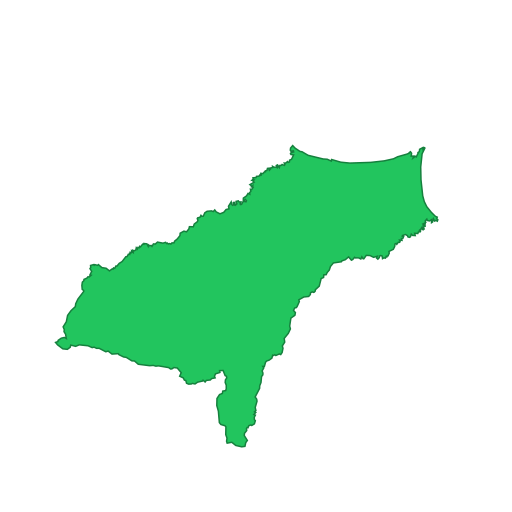 Pemalang, Jawa Tengah, Indonesia (Natural Earth projection), rotated 32°
{"feature_id": "22746128B43122306499336", "entity_name": "Pemalang", "entity_type": "district", "adm_level": 2, "iso_a3": "IDN", "parent_name": "Indonesia", "parent_adm1": "Jawa Tengah", "projection": "natural_earth1", "projection_center": [109.395, -7.01], "detail": "fine", "context": "isolated", "style": "filled", "palette": "green", "viewbox_px": 512, "rotation_deg": 32, "n_neighbors": 0, "source": "geoboundaries", "source_scale": "gbopen_adm2", "svg_char_len": 6148}
<svg xmlns="http://www.w3.org/2000/svg" viewBox="0 0 512 512"><g transform="rotate(32 256 256)"><path d="M145.5,435.1L146.8,431.8L146.1,429.7L150.9,428.2L153.2,425.0L161.2,421.1L165.6,420.5L167.0,419.1L169.7,418.8L171.9,417.4L179.4,416.8L181.0,415.0L185.8,415.5L191.0,411.8L192.0,412.3L197.2,411.8L199.7,410.7L206.3,410.7L208.6,409.4L213.5,410.2L223.9,405.4L226.9,403.2L229.4,402.5L231.6,400.8L241.1,396.9L243.4,397.1L244.5,396.3L245.5,394.1L248.6,392.7L254.4,394.6L255.0,398.4L258.9,397.9L261.0,399.2L262.5,398.8L264.5,400.7L266.7,400.4L269.0,398.8L269.5,397.8L272.1,396.8L273.3,394.0L276.9,390.4L276.9,389.4L279.6,389.8L279.8,387.8L283.0,385.3L283.3,383.5L285.9,381.0L284.5,380.0L284.1,377.4L287.1,373.9L285.8,372.5L288.8,370.5L293.2,373.8L294.6,373.6L295.8,374.9L295.7,377.2L296.9,379.6L299.2,381.3L301.1,384.3L301.6,386.2L299.4,388.2L300.3,390.4L298.5,392.8L298.4,397.5L302.0,403.6L306.3,407.5L313.2,416.7L315.5,417.5L319.6,416.4L321.0,416.8L325.0,423.5L327.9,425.8L329.2,428.7L330.7,430.0L334.2,426.8L339.2,427.4L345.0,425.4L347.5,423.3L346.2,419.7L346.4,417.0L341.2,414.5L340.2,412.5L340.6,408.9L339.3,407.3L339.4,406.1L340.2,405.9L339.8,403.7L341.2,402.0L342.2,402.0L343.6,399.2L342.7,396.0L341.3,395.6L340.0,393.7L339.8,391.3L338.2,391.6L338.7,388.8L337.3,388.9L337.8,387.1L335.6,384.9L333.8,378.6L332.4,377.0L330.0,376.0L329.2,366.3L327.9,364.1L327.3,360.7L324.6,355.3L324.8,353.2L323.9,351.6L322.1,350.2L321.9,346.7L320.3,346.0L321.6,345.1L320.4,341.1L320.6,339.5L322.3,337.4L323.6,334.2L322.7,331.3L323.6,331.1L324.2,329.8L325.5,329.9L327.7,326.7L329.2,326.5L329.3,324.0L327.8,320.0L326.0,318.3L326.0,313.8L323.6,311.0L324.4,304.5L323.8,299.6L321.7,297.6L318.5,290.2L320.4,285.6L319.4,283.1L316.7,282.3L316.3,279.6L317.6,278.3L317.6,276.8L316.9,271.7L315.5,270.5L318.3,265.4L322.1,262.4L322.5,259.9L321.7,258.3L322.8,256.5L323.9,256.5L324.6,255.7L324.8,254.2L324.2,253.2L325.6,248.1L323.2,240.6L324.7,238.4L323.5,236.0L325.4,234.7L325.1,232.3L325.6,229.1L324.7,225.4L325.3,220.9L331.5,215.6L331.4,214.6L333.7,211.8L335.0,207.7L339.1,209.0L339.9,207.8L340.3,204.9L341.2,205.0L344.0,203.2L346.5,203.0L346.2,200.6L348.3,201.6L348.9,201.3L349.2,197.0L352.5,195.2L356.4,194.8L359.0,191.9L359.3,193.8L361.0,194.1L361.4,192.1L360.9,190.3L361.5,189.5L363.0,189.2L364.7,191.2L365.4,189.9L366.9,189.2L366.6,187.4L367.4,187.4L367.2,186.6L367.9,186.0L367.5,183.0L366.3,181.7L368.9,177.6L368.6,174.5L367.5,172.1L368.2,171.1L369.2,171.5L369.4,168.9L370.5,168.4L370.6,167.5L369.2,166.4L371.5,165.4L370.1,164.1L371.2,163.3L370.9,161.3L369.5,161.7L369.4,160.9L371.5,158.5L373.7,158.5L374.7,159.3L376.2,158.9L376.8,157.9L376.1,155.2L377.8,155.6L380.2,154.3L378.5,152.7L381.3,151.2L381.0,149.5L382.5,148.4L382.3,147.5L381.0,147.5L381.6,145.4L382.8,145.3L381.5,144.5L381.5,143.5L382.2,143.1L383.7,144.8L384.3,144.0L382.8,142.8L382.9,141.5L384.2,140.7L381.2,141.2L381.1,140.4L383.1,138.9L381.0,139.7L382.2,137.6L380.9,136.6L381.3,134.2L382.4,135.1L384.6,134.3L385.6,132.2L387.2,134.7L387.7,133.6L386.7,130.4L389.0,131.7L389.7,130.5L391.3,130.4L391.0,128.9L389.5,128.6L389.1,127.0L387.1,127.3L381.4,126.0L374.7,123.7L369.9,120.7L365.5,116.6L355.5,103.9L348.5,93.2L342.7,81.3L342.2,76.5L341.6,77.6L341.0,77.0L341.3,74.9L340.3,75.2L338.2,78.8L339.2,80.9L338.5,82.4L339.0,82.9L339.4,87.0L338.4,86.9L337.3,89.7L336.9,87.6L334.7,89.1L333.5,86.4L331.7,85.7L331.1,87.2L331.4,87.7L330.0,89.6L323.5,96.8L321.1,100.7L314.3,107.4L303.7,115.8L286.3,127.5L278.2,131.5L269.0,134.1L269.5,135.6L265.1,136.2L261.6,138.1L246.8,143.0L239.8,143.2L237.9,144.0L232.0,143.8L228.6,142.9L228.1,146.1L229.0,148.1L230.0,148.6L232.0,147.0L232.8,147.8L231.0,149.6L231.0,151.0L231.9,151.4L234.3,150.3L234.9,155.2L233.7,156.9L234.5,158.6L233.7,159.6L232.7,159.2L231.9,161.5L230.7,162.2L232.0,163.0L232.1,164.1L229.6,164.6L229.5,165.6L228.2,166.6L228.9,168.6L226.0,167.3L225.3,168.4L227.2,169.1L227.4,169.9L225.9,170.0L224.2,171.2L222.5,171.2L223.2,172.2L221.0,174.3L222.2,174.6L221.9,176.2L220.2,174.9L219.3,175.6L219.9,177.7L218.8,178.9L219.3,179.6L218.6,180.1L218.3,182.3L216.4,183.3L217.6,184.5L217.4,185.1L216.4,184.8L216.2,186.8L214.2,188.2L214.5,189.4L212.0,191.3L212.8,192.1L212.5,193.8L214.0,192.6L213.9,194.1L215.3,194.4L213.0,198.7L214.7,198.9L215.4,199.7L216.0,198.2L216.3,199.3L217.2,199.2L217.1,201.9L215.9,202.3L217.4,204.0L217.0,205.6L218.0,206.9L216.1,207.1L216.1,210.1L214.6,213.6L215.7,215.5L216.5,215.5L216.9,213.7L218.6,214.2L218.8,215.3L216.2,216.3L216.4,219.7L215.9,220.5L214.9,220.3L214.6,218.1L213.0,219.1L211.8,218.6L210.2,220.2L212.2,221.9L211.5,224.1L210.7,224.2L210.5,222.8L209.5,221.9L208.7,222.3L208.5,223.1L209.9,224.1L209.4,225.4L208.1,225.2L206.3,223.3L206.3,228.4L208.1,230.3L206.0,232.4L205.5,236.1L203.1,239.3L198.9,239.7L196.6,238.8L196.2,241.0L194.4,241.3L190.8,244.0L189.7,246.5L190.2,250.2L188.9,251.1L187.8,250.7L188.0,252.8L186.3,254.6L186.4,255.5L187.8,256.4L188.1,257.9L186.7,261.7L187.4,264.4L184.0,266.4L184.7,268.5L184.3,272.3L181.7,273.1L179.6,276.9L180.7,279.0L180.2,283.3L179.1,286.5L179.5,288.3L177.7,289.5L177.5,291.0L176.2,291.2L175.2,292.3L174.0,292.0L173.6,292.8L172.1,292.3L170.3,294.4L165.1,296.4L164.3,299.2L162.6,300.1L162.7,303.0L161.5,302.6L160.4,303.7L159.1,303.5L159.5,305.0L157.1,303.5L154.3,304.8L154.7,305.5L153.6,306.0L153.2,309.5L152.2,309.5L152.6,310.9L151.3,311.3L151.7,312.9L150.1,312.4L150.9,314.6L149.9,316.2L148.6,316.4L149.9,318.0L147.9,317.6L148.7,318.7L147.4,319.5L148.2,320.1L147.4,320.7L148.1,321.6L146.8,322.2L147.0,324.8L146.0,325.6L145.4,331.7L143.9,334.7L143.4,338.3L142.5,338.7L142.7,341.3L141.5,341.6L141.7,342.9L140.9,343.1L139.6,346.3L135.4,345.8L131.5,347.5L126.9,346.8L126.6,347.9L124.0,348.7L123.7,349.6L123.0,349.2L120.7,351.7L121.9,353.2L121.9,354.7L124.8,356.1L125.2,360.1L126.4,359.7L125.7,362.1L124.5,362.7L124.3,364.4L122.5,367.0L123.1,368.1L122.6,370.2L123.9,373.2L126.3,376.4L128.2,376.6L128.7,377.3L127.8,386.9L128.4,392.0L129.6,394.7L128.1,400.3L127.7,406.2L130.0,412.3L130.0,418.3L132.4,420.0L133.3,421.9L135.9,423.2L138.9,426.5L136.7,426.6L134.4,428.9L132.9,432.4L133.4,433.5L131.8,435.5L134.8,436.5L141.4,437.1L145.5,435.1Z" fill="#22c55e" stroke="#15803d" stroke-width="1.5"/></g></svg>